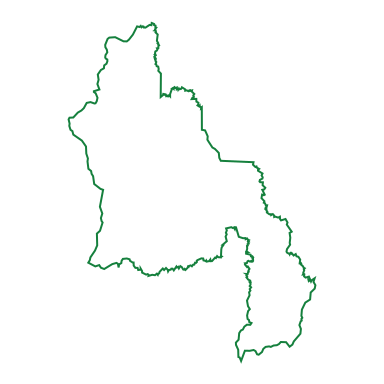 the district of Tarazá, Antioquia, Colombia
{"feature_id": "7082276B33754043012345", "entity_name": "Tarazá", "entity_type": "district", "adm_level": 2, "iso_a3": "COL", "parent_name": "Colombia", "parent_adm1": "Antioquia", "projection": "natural_earth1", "projection_center": [-75.344, 7.488], "detail": "fine", "context": "isolated", "style": "outline", "palette": "green", "viewbox_px": 384, "rotation_deg": 0, "n_neighbors": 0, "source": "geoboundaries", "source_scale": "gbopen_adm2", "svg_char_len": 5960}
<svg xmlns="http://www.w3.org/2000/svg" viewBox="0 0 384 384"><path d="M314.6,278.3L311.6,280.3L311.0,281.5L310.4,280.0L308.8,281.1L308.3,279.2L309.9,279.1L308.9,276.6L305.6,277.6L304.1,276.4L304.3,274.6L303.0,274.6L303.7,273.6L303.2,273.0L304.2,270.2L303.8,269.2L304.7,268.3L303.6,267.7L303.1,266.4L300.8,264.4L301.3,263.9L300.8,262.9L299.7,263.1L300.2,259.6L298.4,256.8L296.5,256.3L295.7,254.1L293.6,255.5L291.7,253.1L291.3,253.6L290.6,253.0L289.8,254.3L289.6,253.6L289.2,253.9L286.9,252.5L286.5,251.5L287.0,249.1L290.1,244.7L289.7,242.9L290.3,237.7L289.6,232.9L291.7,231.7L286.8,224.6L287.5,222.5L285.5,219.0L281.0,220.4L280.1,219.1L279.9,216.7L278.2,217.6L275.2,216.6L274.2,217.0L274.1,215.5L272.8,214.1L271.1,215.1L270.9,214.2L269.4,214.3L266.9,212.5L267.3,211.5L266.6,210.8L266.4,208.7L265.8,209.5L265.3,209.0L266.2,208.2L265.8,207.5L266.6,207.1L267.1,205.3L265.8,205.3L265.0,203.3L263.8,202.7L264.4,201.2L261.5,198.2L262.1,194.6L263.8,195.2L264.7,194.7L262.3,189.8L264.2,189.4L265.3,187.8L262.6,185.2L262.9,182.3L260.2,182.2L259.5,181.5L259.9,179.9L262.4,178.6L262.7,177.3L261.6,175.4L262.5,173.5L258.0,170.7L258.0,169.8L259.1,168.9L256.9,167.7L256.5,166.5L255.4,167.0L253.0,164.7L253.5,162.2L220.8,160.8L219.3,157.9L218.8,152.9L214.9,148.9L212.4,147.5L208.7,141.8L207.4,139.7L207.7,136.3L205.1,130.4L201.9,129.8L201.8,107.4L201.1,108.1L201.2,107.1L199.8,106.8L199.7,105.7L199.1,106.4L197.5,105.4L198.3,104.4L198.4,102.7L196.4,101.6L196.3,98.9L191.7,99.1L192.4,97.8L193.9,96.9L193.3,95.4L194.3,94.0L191.7,91.5L192.0,90.4L190.2,90.9L190.1,90.2L189.3,90.3L188.4,91.2L186.6,90.3L185.2,90.7L185.1,89.3L181.9,87.3L181.2,88.8L179.4,89.3L178.9,88.5L178.3,89.5L178.2,88.9L176.8,89.4L176.9,87.5L175.2,88.0L174.5,87.1L173.3,88.0L173.4,88.8L172.6,88.2L172.1,88.6L172.6,88.8L171.9,89.0L170.1,94.1L170.1,96.2L169.4,95.4L168.6,96.4L167.6,96.3L167.7,95.6L166.2,96.1L166.1,95.1L165.1,94.9L165.3,94.3L163.3,93.9L163.1,95.0L160.7,97.0L160.9,73.6L158.3,70.8L158.7,69.0L158.2,66.6L156.7,66.2L156.2,64.3L155.5,64.0L156.3,62.0L155.5,61.0L155.8,58.5L155.4,58.0L154.8,58.6L154.3,56.7L155.5,55.5L155.0,54.9L155.6,54.8L155.0,53.5L155.3,51.5L156.9,50.5L157.5,49.3L157.0,48.3L158.3,48.1L158.4,45.7L159.0,45.4L158.5,44.7L159.1,44.9L158.0,43.8L158.2,43.1L156.9,40.8L157.7,34.5L155.6,32.5L156.0,32.0L155.5,30.6L154.9,30.5L155.5,30.1L155.0,29.3L156.3,27.6L155.4,27.2L155.5,25.6L154.1,25.1L154.1,24.0L151.7,23.0L151.4,25.2L149.6,24.9L145.5,27.6L143.8,27.5L143.6,26.6L142.8,26.3L141.5,27.3L140.7,25.9L139.5,27.0L137.1,26.4L132.9,34.6L128.9,39.7L126.8,41.4L123.5,41.3L115.2,37.2L109.3,37.6L107.6,38.9L105.2,44.9L105.4,47.3L106.8,49.6L107.3,52.3L105.5,55.1L105.2,57.3L105.7,58.5L107.3,59.5L107.4,61.2L106.5,63.7L104.2,65.4L103.9,68.3L100.9,70.0L97.8,74.5L98.6,79.8L97.4,84.0L99.4,89.5L93.9,91.2L93.9,92.0L95.7,93.3L97.5,97.8L96.7,101.3L95.5,103.3L94.5,103.5L90.5,102.1L86.7,102.9L83.8,108.2L81.4,110.5L77.8,112.6L73.3,117.5L69.5,117.7L68.6,119.4L69.6,123.6L69.3,125.9L70.5,129.8L72.4,131.1L73.3,134.6L81.9,140.6L86.0,146.5L86.3,153.6L87.9,158.5L87.5,161.4L88.4,168.8L91.1,171.0L91.6,173.8L93.1,176.2L94.2,184.0L100.5,188.9L103.1,189.8L99.9,206.8L102.3,213.5L100.9,218.1L101.6,221.1L102.6,222.5L100.0,230.8L96.9,233.6L97.2,245.4L95.0,250.6L90.4,257.4L89.8,260.2L88.3,262.7L95.3,266.4L99.2,265.1L100.9,267.7L104.2,269.0L112.3,264.1L116.5,262.9L117.9,263.8L118.6,267.5L119.1,264.4L121.3,263.1L121.6,260.8L122.9,258.9L126.8,258.5L129.6,259.3L130.0,260.8L132.6,262.5L133.6,262.5L133.7,265.6L135.4,267.9L137.6,267.9L138.2,270.0L140.6,269.7L140.6,268.5L142.1,271.1L142.1,272.6L146.1,274.6L147.7,274.1L148.7,274.9L148.5,275.9L152.2,274.8L155.0,275.2L156.8,273.7L157.8,274.9L158.2,273.7L159.2,273.4L159.6,271.8L162.8,268.5L164.1,270.0L166.0,268.0L167.7,269.8L168.1,271.4L168.9,270.0L170.7,269.7L171.3,268.7L172.6,268.7L173.8,270.4L176.4,266.5L177.0,267.5L178.2,266.8L178.9,268.4L180.3,266.1L181.8,267.1L183.2,269.5L184.0,269.7L184.7,268.9L185.5,269.9L187.5,267.9L188.1,266.4L188.7,266.8L189.1,265.9L190.7,265.4L191.9,266.3L193.1,264.7L194.3,264.6L195.0,262.7L196.0,262.9L196.9,262.0L196.7,260.9L197.3,260.2L201.3,258.4L203.2,258.5L203.5,260.4L205.8,260.9L205.9,262.0L206.4,260.8L206.8,261.6L209.1,261.1L210.3,259.5L210.6,261.2L212.0,261.1L215.1,257.6L215.9,258.1L217.1,256.1L218.2,257.2L220.9,257.4L220.9,256.7L221.7,256.4L221.0,255.8L221.3,249.3L221.7,247.4L223.2,245.3L222.4,245.0L226.8,241.2L225.6,236.6L226.7,234.3L225.9,232.8L226.8,230.4L226.1,228.4L231.3,227.2L232.7,228.0L233.8,227.5L234.7,229.0L235.0,227.2L236.0,227.3L238.8,236.8L243.0,238.2L245.4,238.1L245.6,239.2L247.1,238.5L247.7,239.5L248.9,240.1L248.2,240.7L248.8,241.6L248.0,241.8L248.7,243.6L247.6,244.1L247.8,245.5L247.0,245.9L247.2,248.7L246.5,251.2L247.6,252.0L246.1,252.0L246.1,253.7L250.6,254.7L250.9,256.2L252.3,256.2L253.1,257.3L252.3,257.9L253.0,258.4L253.1,260.9L252.6,261.6L251.5,261.7L251.2,260.9L250.0,261.6L248.3,260.8L247.5,261.3L246.9,263.0L245.0,263.3L245.4,264.0L245.0,264.6L246.5,266.4L247.1,267.1L247.8,266.5L249.5,268.9L248.5,270.4L248.7,271.6L248.2,271.7L247.6,274.1L246.3,274.0L247.2,274.6L246.4,275.5L247.2,276.8L246.5,277.4L248.2,279.6L250.2,280.6L250.6,282.2L249.7,282.3L250.5,283.5L250.5,284.7L249.7,286.0L251.1,287.3L249.7,289.1L250.4,290.6L249.1,292.3L249.6,295.2L247.0,300.6L248.0,306.2L249.8,309.1L248.1,311.1L247.1,315.5L247.6,319.0L249.0,320.1L249.3,322.1L251.5,323.0L250.3,324.8L246.9,324.7L244.3,326.7L242.9,329.5L240.9,330.5L239.2,333.1L238.6,339.7L235.9,342.6L236.0,344.9L238.2,349.7L238.4,357.0L239.7,357.5L241.1,361.0L244.9,350.7L249.8,350.8L253.6,350.0L255.5,351.1L257.1,354.3L258.7,354.7L262.0,352.0L263.3,348.9L265.6,346.9L269.1,346.4L270.8,346.9L273.6,345.5L276.8,345.2L278.9,344.1L280.8,342.0L286.1,342.2L289.6,346.7L292.4,344.6L293.8,341.4L300.4,333.7L300.9,328.9L299.4,325.1L300.7,321.3L301.7,320.6L301.4,319.0L302.3,317.8L301.4,315.9L301.9,309.6L305.3,302.6L310.1,299.5L310.7,292.5L314.7,288.6L315.4,285.2L313.5,281.9L314.6,278.3Z" fill="none" stroke="#15803d" stroke-width="2"/></svg>